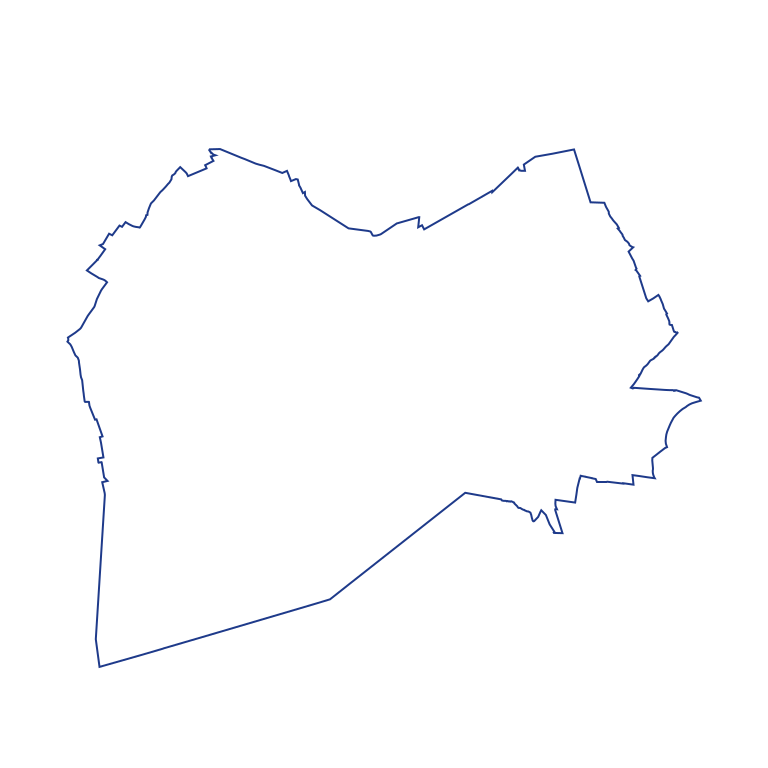 Maashorst, Noord-Brabant, Netherlands, rotated 84°
{"feature_id": "6326949B62746426981431", "entity_name": "Maashorst", "entity_type": "district", "adm_level": 2, "iso_a3": "NLD", "parent_name": "Netherlands", "parent_adm1": "Noord-Brabant", "projection": "mercator", "projection_center": [5.647, 51.695], "detail": "fine", "context": "isolated", "style": "outline", "palette": "blue", "viewbox_px": 768, "rotation_deg": 84, "n_neighbors": 0, "source": "geoboundaries", "source_scale": "gbopen_adm2", "svg_char_len": 5973}
<svg xmlns="http://www.w3.org/2000/svg" viewBox="0 0 768 768"><g transform="rotate(84 384 384)"><path d="M635.6,696.5L628.1,653.5L624.1,631.5L623.9,630.9L619.9,608.8L613.6,574.3L595.0,473.2L592.5,460.2L578.7,438.4L500.7,314.6L511.0,279.5L512.0,279.0L512.2,278.8L512.3,278.5L512.8,276.8L512.8,276.0L513.1,274.6L513.5,274.2L513.3,273.3L513.4,273.0L513.7,272.8L513.8,272.5L513.8,272.1L513.8,271.5L514.2,270.9L514.2,270.5L513.9,269.9L514.0,269.7L514.3,269.2L514.6,268.4L515.1,267.9L515.3,267.3L515.4,267.1L515.7,266.9L516.3,266.9L517.7,265.8L518.2,265.3L518.7,265.0L519.2,264.5L519.5,264.3L520.5,263.8L521.0,263.5L521.2,263.2L521.4,262.7L521.4,262.0L521.6,261.4L521.8,261.1L522.9,259.8L523.0,259.5L523.7,258.5L523.8,257.8L524.4,257.3L524.6,256.7L524.9,256.3L525.6,255.1L525.7,254.6L525.8,254.0L526.4,252.9L527.2,251.9L527.6,251.7L528.4,251.6L529.3,251.3L532.9,250.9L533.6,250.7L534.7,250.6L535.1,250.5L535.9,250.1L536.1,249.9L536.2,249.5L536.1,249.2L536.0,248.9L532.5,244.8L532.2,244.5L527.0,241.5L526.0,240.8L531.2,236.7L541.0,233.9L549.0,229.9L549.4,230.7L549.9,230.5L551.0,222.1L527.2,226.9L526.5,226.8L526.4,226.2L526.4,225.8L526.6,225.1L524.1,225.9L523.1,226.1L522.1,226.1L520.8,226.1L517.1,225.5L521.9,206.3L514.0,204.2L507.5,202.6L498.4,199.3L498.5,199.0L495.8,198.0L496.5,196.0L497.2,193.5L497.3,193.5L499.4,186.9L499.5,186.9L499.9,185.7L500.6,183.4L503.7,182.4L504.7,172.9L504.5,172.3L508.1,156.4L507.7,156.4L510.2,146.4L500.6,146.4L502.0,140.6L504.3,131.7L506.0,124.6L504.9,125.1L502.5,125.7L500.9,125.9L499.9,125.9L498.3,125.8L497.3,125.5L495.9,125.3L488.1,125.2L485.5,124.8L480.1,116.2L477.0,111.1L476.4,109.1L472.9,109.9L470.0,109.9L466.6,109.2L463.8,108.5L461.0,107.4L454.9,104.1L452.5,102.7L450.3,101.2L447.8,99.5L445.9,97.5L444.0,95.3L441.9,92.5L440.1,89.7L438.5,86.3L437.5,84.8L436.3,82.4L435.4,79.8L435.0,77.9L434.4,74.8L433.7,70.7L430.6,72.1L429.9,74.2L427.0,80.7L426.9,80.9L426.3,82.0L425.6,83.1L424.8,84.6L422.7,89.5L420.7,94.1L420.7,94.4L420.9,94.8L421.1,95.2L421.1,95.5L420.8,95.3L420.7,94.9L420.3,98.1L420.2,98.1L419.9,101.0L419.3,105.0L418.0,112.5L416.7,120.1L413.9,135.9L414.2,136.0L414.4,137.1L413.5,138.9L410.0,135.3L405.6,131.5L403.0,129.4L402.8,129.3L402.0,128.8L402.1,129.5L401.8,129.5L401.0,128.5L400.7,127.8L396.8,125.4L395.3,124.3L394.5,123.6L393.1,121.3L391.9,119.8L388.7,116.9L388.4,116.4L388.2,116.0L387.3,113.8L387.1,113.4L386.4,112.4L386.1,112.4L385.8,112.0L386.1,112.0L385.7,111.5L384.3,109.4L383.8,108.8L382.2,107.4L381.0,105.8L380.3,104.5L379.1,102.8L376.6,100.1L375.8,99.1L374.2,96.8L367.4,90.8L365.9,89.0L363.8,86.7L363.4,87.0L363.7,87.5L363.6,87.9L362.7,88.8L362.6,89.7L362.2,90.0L361.3,90.3L355.4,91.5L355.2,92.9L355.0,93.3L354.7,93.8L353.9,93.9L352.8,93.7L352.3,93.8L351.5,93.7L348.7,94.5L346.4,95.3L344.4,96.0L343.8,95.8L343.5,95.2L340.0,96.8L338.6,97.5L338.0,97.7L333.8,98.4L332.8,98.7L330.0,99.6L328.4,100.0L325.6,101.0L324.1,101.8L327.1,107.4L329.4,112.6L326.2,114.2L303.6,118.9L303.4,118.8L303.2,118.0L297.3,121.3L296.9,121.9L296.7,121.8L295.7,120.8L294.3,121.3L289.1,122.5L287.4,122.9L285.2,124.0L277.9,126.9L274.1,121.9L273.7,122.8L273.0,123.7L272.5,124.4L271.5,125.4L270.0,125.7L269.4,126.1L268.1,127.0L267.7,127.4L266.0,129.3L265.0,129.7L263.8,130.1L261.5,131.2L261.2,131.1L260.5,131.2L260.0,131.4L257.6,132.9L256.4,133.5L253.8,135.3L253.4,134.1L249.6,135.8L245.9,138.5L244.5,139.4L243.5,139.9L241.0,141.5L238.0,142.6L236.8,142.5L236.1,142.5L231.0,144.7L226.8,145.9L224.9,159.6L189.4,166.7L170.6,170.5L172.6,192.5L173.8,209.8L180.4,222.0L186.7,221.5L186.3,225.1L185.9,226.5L185.5,227.0L185.4,227.0L185.5,227.3L183.5,227.9L183.6,228.2L182.9,228.4L188.1,235.0L204.6,256.3L203.2,256.3L214.1,280.9L214.1,281.4L234.4,327.9L230.1,329.6L231.7,333.6L221.8,331.5L221.7,332.1L222.4,335.9L224.8,349.6L225.5,353.5L225.6,354.4L234.6,371.3L235.0,372.5L235.6,376.0L235.5,378.6L235.4,378.8L235.3,379.1L235.2,379.5L234.6,379.9L231.4,381.2L230.9,381.7L230.1,383.9L225.5,403.0L204.5,429.3L198.9,436.9L192.0,441.1L188.5,442.8L184.8,442.6L185.7,444.7L179.9,446.6L177.6,447.7L177.3,447.6L171.6,448.4L171.4,449.0L171.0,450.2L172.5,455.3L170.4,455.8L167.4,456.7L166.6,456.8L161.9,458.2L163.5,463.1L160.1,469.6L154.5,480.6L153.4,483.6L152.9,485.0L151.4,488.6L145.8,498.9L144.1,502.3L133.2,522.5L132.4,532.7L133.0,532.9L133.2,533.3L136.1,531.8L135.9,531.5L137.3,530.3L138.0,529.7L138.9,527.8L139.6,532.3L140.9,531.7L141.0,531.9L144.3,530.3L147.7,539.0L149.8,538.2L151.0,537.9L156.8,557.2L154.8,557.9L154.0,558.2L152.7,559.1L147.0,564.0L150.0,567.6L150.7,568.4L151.4,569.0L152.3,569.4L152.5,569.7L152.9,570.0L153.7,571.2L154.5,572.8L155.5,573.4L158.2,574.0L160.5,575.8L161.3,576.4L162.4,577.8L164.9,580.4L167.6,583.5L168.7,584.9L169.4,585.9L169.9,586.5L175.8,592.1L177.4,593.6L179.9,596.7L180.6,597.2L184.7,599.4L188.6,601.2L191.1,601.6L191.3,602.9L193.0,603.4L195.3,604.9L200.8,608.9L202.8,610.4L202.9,610.7L202.5,611.6L201.8,614.4L201.4,615.6L201.0,616.7L200.5,617.7L198.3,621.1L196.0,624.1L200.3,628.1L198.8,630.5L207.7,638.7L205.8,641.7L215.4,648.8L216.4,652.2L220.8,647.2L227.0,652.7L230.2,655.7L230.3,656.0L230.6,655.8L230.8,656.2L230.8,656.3L240.0,667.6L243.4,663.5L247.9,657.5L248.7,656.7L250.5,652.8L251.1,651.7L251.5,651.1L252.3,650.2L253.9,648.8L260.2,654.6L261.6,655.7L269.6,660.7L270.3,661.0L276.2,663.6L277.2,664.2L283.9,670.3L285.4,671.6L296.4,679.4L297.4,680.5L297.8,681.1L300.7,685.7L304.8,693.5L305.7,693.3L307.5,693.4L307.6,693.5L308.8,694.4L311.6,692.0L312.3,691.6L314.4,690.7L319.8,689.1L323.3,687.9L325.8,685.8L328.5,685.1L329.3,685.0L330.6,685.1L337.6,684.8L342.9,684.8L345.7,684.6L348.6,683.8L359.2,683.8L362.0,683.7L364.5,683.7L370.0,683.5L370.5,683.2L370.6,682.9L370.8,680.5L370.9,679.4L371.0,679.3L374.6,679.2L376.8,678.7L389.0,675.2L389.3,675.1L389.1,673.6L406.7,669.4L407.2,672.2L412.7,671.6L427.7,670.7L428.1,676.4L432.2,676.2L432.4,676.1L432.2,673.1L432.3,673.0L447.7,672.1L447.9,671.9L451.5,669.1L452.2,674.5L463.3,673.2L465.2,673.2L607.7,697.3L635.6,696.5Z" fill="none" stroke="#1e3a8a" stroke-width="2"/></g></svg>